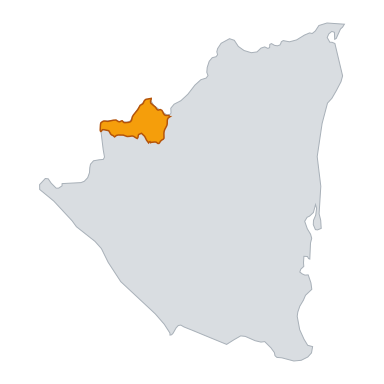 location of Nueva Segovia within Nicaragua
{"feature_id": "NIC-667", "entity_name": "Nueva Segovia", "entity_type": "Department", "adm_level": 1, "iso_a3": "NIC", "parent_name": "Nicaragua", "parent_adm1": "", "projection": "natural_earth1", "projection_center": [-86.233, 13.77], "detail": "fine", "context": "in_parent", "style": "filled", "palette": "amber", "viewbox_px": 384, "rotation_deg": 0, "n_neighbors": 0, "source": "natural_earth", "source_scale": "10m", "svg_char_len": 3685}
<svg xmlns="http://www.w3.org/2000/svg" viewBox="0 0 384 384"><path d="M344.4,24.2L342.6,27.1L340.5,29.0L336.2,38.5L334.7,39.3L334.4,32.3L331.8,31.4L328.8,33.9L327.2,37.5L329.8,42.2L332.1,42.3L334.9,43.5L342.6,75.9L341.0,81.7L336.3,90.7L331.9,98.3L327.5,103.1L322.1,123.5L317.2,156.6L320.8,186.3L319.1,213.8L320.7,220.3L321.2,228.4L317.5,229.9L315.4,229.6L313.3,224.7L313.5,220.3L315.7,215.2L316.6,208.2L315.5,204.6L313.4,212.5L309.6,216.1L307.1,217.3L304.7,221.3L307.3,228.8L310.6,234.3L311.7,238.3L310.5,243.0L309.8,259.1L308.6,258.6L307.4,256.5L303.9,256.3L303.5,262.8L303.8,266.4L300.8,269.2L299.8,272.0L302.2,273.9L304.9,275.1L308.2,274.9L310.9,282.8L311.8,289.3L305.5,295.3L303.4,300.2L299.8,306.2L297.8,312.1L297.2,316.3L299.7,329.7L304.0,339.2L307.7,345.3L312.6,346.6L311.5,352.9L307.8,357.0L301.2,360.3L293.8,361.0L281.8,357.8L276.9,357.4L275.0,355.7L274.4,352.6L271.0,347.9L264.7,341.6L261.0,342.1L255.1,340.7L245.3,336.4L240.7,335.9L234.2,339.6L226.6,344.4L208.3,336.9L195.5,331.6L183.9,326.9L180.8,325.1L178.3,325.5L176.1,327.9L173.6,332.3L172.8,333.6L171.5,334.8L170.0,335.1L169.9,333.0L164.3,324.3L155.3,313.9L120.8,281.7L108.2,262.4L101.4,248.6L95.0,241.4L76.4,226.7L72.1,220.8L53.8,201.1L39.7,189.5L39.6,184.6L45.3,178.5L48.2,178.8L51.2,183.2L56.2,188.2L58.5,188.2L62.0,185.9L62.1,183.6L80.9,182.6L84.3,181.3L87.7,177.7L89.5,172.6L89.8,167.7L90.5,164.2L93.5,160.8L99.0,159.8L103.3,159.4L104.5,157.1L103.2,149.7L101.0,131.7L100.5,126.6L101.3,122.9L103.0,121.5L111.3,120.6L127.1,122.1L130.2,121.0L136.5,110.8L142.4,103.2L146.6,99.9L149.9,98.8L153.7,105.5L167.0,115.1L169.3,114.5L170.6,114.0L171.0,112.6L170.8,108.2L174.1,104.2L181.0,100.6L187.9,94.2L194.9,85.1L200.9,79.7L206.1,78.1L208.0,75.6L206.8,72.3L207.2,67.5L209.2,61.3L212.2,57.7L216.1,56.7L217.6,54.7L216.8,51.8L217.6,48.6L221.1,43.3L229.5,38.7L234.3,40.3L238.3,46.4L244.0,50.5L251.3,52.7L257.0,51.9L261.0,48.1L264.7,46.9L267.9,48.4L269.6,47.6L269.8,44.4L271.5,43.6L274.6,45.4L277.4,45.8L279.9,45.0L280.8,43.4L281.3,41.8L283.2,40.6L289.5,41.8L296.6,39.9L304.4,35.1L309.6,32.9L312.2,33.5L315.3,31.0L318.9,25.5L327.0,23.0L344.4,24.2Z" fill="#d9dde1" stroke="#a8b0b8" stroke-width="1"/><path d="M151.2,98.4L151.2,99.3L150.5,101.0L150.7,103.1L155.4,107.1L156.9,109.3L157.4,109.8L158.3,110.1L158.9,110.0L159.5,109.7L160.5,109.6L161.9,110.4L162.7,111.7L163.4,113.4L164.5,114.9L166.0,115.5L167.6,115.4L168.9,115.5L169.8,116.7L170.0,116.7L168.3,117.9L167.7,118.8L167.3,120.1L167.2,123.8L167.0,124.9L166.7,125.8L164.7,129.6L164.1,131.5L163.9,133.4L164.0,138.1L163.3,139.2L162.0,139.9L160.5,141.2L159.4,143.0L158.9,143.4L158.0,143.5L157.4,143.1L156.8,142.6L156.0,142.1L154.9,142.0L151.3,142.3L150.7,142.7L150.0,141.6L149.2,142.0L148.6,142.9L146.5,140.1L145.0,137.0L144.4,136.1L143.8,135.5L141.5,133.3L140.2,133.8L138.7,134.5L138.5,134.8L138.3,135.4L137.9,137.6L137.2,138.5L135.2,137.4L133.9,136.5L132.8,136.1L132.0,136.0L129.2,136.4L127.1,136.5L123.3,135.1L118.4,135.0L117.8,135.1L116.2,135.5L115.5,136.3L114.5,136.9L113.6,136.0L112.9,135.5L111.7,135.0L111.0,134.4L110.4,133.7L110.1,133.0L108.7,130.7L104.0,129.7L102.5,129.7L102.2,130.0L101.5,131.0L100.9,131.5L100.6,131.3L100.4,130.9L100.2,130.1L100.4,125.9L100.5,124.5L100.7,123.4L100.8,123.0L101.1,122.6L101.9,122.0L103.4,121.1L104.8,121.0L107.8,121.4L113.3,120.2L116.0,120.0L118.2,121.5L119.4,121.8L120.4,121.5L121.3,120.9L122.3,120.8L123.3,122.0L123.7,122.4L124.4,122.6L124.9,122.7L128.4,122.4L129.6,122.1L130.6,121.5L131.4,120.5L131.8,119.3L132.3,116.9L133.4,115.0L137.8,109.6L140.1,105.4L140.9,104.9L141.6,104.5L142.5,104.1L143.3,103.1L143.7,102.1L144.0,101.3L144.4,100.7L145.1,99.9L146.0,99.3L151.2,98.4Z" fill="#f59e0b" stroke="#b45309" stroke-width="1.5"/></svg>